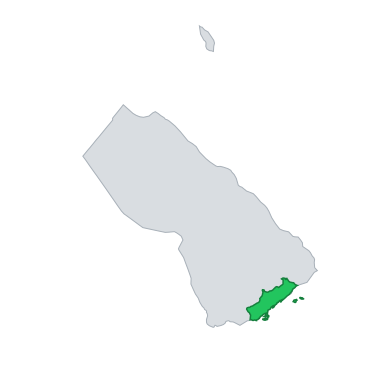 Yemen, with Al Hudaydah highlighted, rotated 245°
{"feature_id": "YEM-151", "entity_name": "Al Hudaydah", "entity_type": "Governorate", "adm_level": 1, "iso_a3": "YEM", "parent_name": "Yemen", "parent_adm1": "", "projection": "orthographic", "projection_center": [43.034, 14.789], "detail": "fine", "context": "in_parent", "style": "filled", "palette": "green", "viewbox_px": 384, "rotation_deg": 245, "n_neighbors": 0, "source": "natural_earth", "source_scale": "10m", "svg_char_len": 6489}
<svg xmlns="http://www.w3.org/2000/svg" viewBox="0 0 384 384"><g transform="rotate(245 192 192)"><path d="M300.1,166.6L288.2,171.7L285.1,173.8L282.3,176.4L280.2,179.6L279.0,185.1L280.3,190.0L280.3,192.7L277.3,194.6L274.4,196.0L271.2,198.1L269.2,198.6L267.7,200.2L265.8,201.4L259.1,204.5L251.7,206.9L240.0,209.9L235.5,212.9L231.3,215.0L225.0,215.7L216.4,218.7L211.6,221.0L205.6,224.6L204.3,225.8L203.3,228.4L201.5,230.7L198.0,234.4L195.3,236.3L193.4,236.5L189.9,237.6L185.7,237.9L178.6,236.8L176.8,237.7L175.3,239.2L169.9,241.8L164.5,246.9L160.4,248.3L153.9,250.0L149.3,252.2L146.2,253.1L142.3,253.5L134.9,253.4L127.9,254.3L121.4,255.8L118.4,258.5L115.0,262.8L109.3,264.6L108.0,266.1L106.3,269.2L102.6,270.1L99.3,270.6L95.8,269.3L89.4,273.1L87.0,273.7L83.3,273.9L80.7,274.7L78.8,274.5L76.5,273.0L71.5,271.2L67.8,272.4L67.5,268.8L61.5,258.0L62.7,248.5L62.7,247.2L61.5,242.9L58.0,239.1L58.1,234.2L56.9,230.7L55.9,227.1L56.2,226.1L56.3,225.3L54.5,219.7L53.9,218.6L53.6,217.4L54.2,216.5L54.2,215.5L53.2,213.8L52.2,210.6L47.4,208.0L48.4,205.7L49.3,206.5L50.6,207.2L50.8,205.7L50.9,204.5L48.8,197.3L51.9,187.7L50.9,179.1L55.4,175.6L56.6,174.6L57.3,173.6L58.3,171.7L59.8,171.0L60.3,169.0L60.3,167.9L59.3,167.0L58.6,164.6L58.8,161.6L59.1,160.3L59.6,157.9L61.1,157.1L61.5,156.4L60.3,154.9L60.4,154.0L63.1,151.5L64.2,150.8L65.9,150.0L67.3,150.0L68.8,150.5L70.3,151.2L71.6,152.4L73.1,153.8L75.3,154.4L76.8,154.2L78.0,154.9L79.1,154.5L80.2,153.8L82.1,153.8L83.8,153.0L88.6,152.5L93.3,152.8L98.1,152.0L103.0,152.0L107.8,152.1L108.9,152.1L110.0,152.6L114.1,154.7L117.3,155.1L123.6,155.7L130.3,156.2L136.1,156.7L141.0,156.1L145.1,155.6L146.2,155.7L147.4,157.0L149.9,160.3L152.3,163.5L156.4,163.6L159.0,162.3L161.8,160.6L163.5,159.3L165.4,154.0L166.7,150.7L169.6,146.8L172.0,143.6L175.2,139.4L177.0,137.0L180.5,132.4L183.9,130.5L190.5,126.9L196.9,123.4L201.0,121.1L204.6,120.0L210.6,118.9L217.7,117.7L224.7,116.5L232.3,115.2L240.6,113.7L246.3,112.7L253.6,111.3L259.7,110.2L265.1,109.3L270.6,108.2L271.8,110.7L273.0,113.2L274.2,115.7L275.3,118.2L276.5,120.7L277.7,123.2L278.9,125.6L280.1,128.1L281.2,130.6L282.4,133.1L283.6,135.6L284.8,138.1L286.0,140.6L287.2,143.1L288.3,145.5L289.5,148.0L290.7,150.5L292.4,151.2L293.6,153.5L295.2,156.8L296.8,160.1L298.4,163.3L300.1,166.6ZM321.1,267.7L322.6,267.9L324.8,266.9L331.4,266.5L339.4,268.9L337.9,269.7L337.1,270.8L333.6,271.9L330.3,274.2L320.3,275.8L317.4,275.3L314.9,273.3L310.3,270.8L312.0,269.0L312.3,268.2L313.0,267.4L315.4,265.9L318.0,266.0L321.1,267.7ZM50.5,240.1L50.2,240.6L49.7,240.5L48.2,239.2L49.9,237.6L50.8,239.0L50.5,240.1ZM45.7,206.2L45.0,206.8L44.7,205.8L45.2,203.6L46.0,203.0L46.6,204.6L46.2,205.5L45.7,206.2ZM49.7,246.9L48.1,247.6L49.2,245.6L50.4,245.2L50.7,245.3L49.7,246.9Z" fill="#d9dde1" stroke="#a8b0b8" stroke-width="1"/><path d="M62.8,247.9L62.8,247.3L62.7,246.4L61.9,244.9L61.8,244.6L61.5,242.5L61.4,242.3L59.8,240.5L59.2,239.2L58.7,238.0L58.1,237.2L57.8,235.3L57.6,234.4L57.4,233.6L56.9,232.4L56.2,230.0L56.0,229.5L55.9,228.7L55.6,228.0L55.5,227.2L55.5,226.9L55.3,226.8L54.9,226.5L54.8,226.3L54.8,226.0L54.9,225.9L55.1,225.9L55.4,226.1L55.6,226.6L55.9,227.8L56.3,228.1L56.3,227.4L56.3,227.1L56.1,226.7L56.5,225.7L56.2,224.8L55.7,224.1L55.5,223.3L55.5,223.1L55.7,222.8L55.8,222.7L55.7,222.4L55.5,222.1L55.4,222.0L55.2,221.9L55.1,221.7L54.9,221.5L54.8,221.4L54.6,220.5L54.6,220.2L54.3,219.3L53.2,217.8L52.9,216.9L52.9,216.4L52.9,216.1L53.1,216.1L53.2,216.3L53.2,216.5L53.1,217.0L53.3,217.5L53.6,218.0L54.0,218.4L54.4,218.7L54.5,218.4L54.6,217.5L54.6,217.0L54.3,216.1L54.2,215.3L54.1,214.9L53.9,214.7L53.3,214.1L53.0,213.7L52.8,213.3L52.8,212.7L52.9,211.3L52.8,210.9L52.4,210.5L51.6,210.1L50.8,209.4L50.3,209.1L49.8,208.8L49.2,208.6L48.7,208.5L48.2,208.5L47.8,208.7L47.7,209.2L47.4,209.3L46.9,209.1L46.4,208.7L46.4,208.1L46.2,207.8L46.5,207.7L47.3,207.9L47.7,207.9L48.0,207.7L48.1,207.4L48.2,207.1L48.2,206.8L47.9,206.4L47.9,206.1L48.5,204.9L48.7,204.6L48.8,205.0L48.8,205.4L48.6,205.8L48.4,206.0L48.9,206.2L49.2,206.5L50.2,207.3L50.4,207.5L50.4,207.8L50.3,208.3L50.4,208.5L50.7,208.6L50.8,208.4L50.7,208.3L50.7,208.2L50.9,207.7L51.1,207.1L51.0,205.2L50.8,204.3L50.4,203.6L50.3,203.2L50.4,202.7L50.4,202.4L50.4,202.1L50.3,201.8L50.2,201.5L49.9,200.8L48.9,199.5L48.9,199.3L49.2,198.9L49.0,198.6L48.8,198.3L48.6,198.0L48.6,197.6L48.8,196.7L48.8,196.3L48.2,196.1L48.4,195.7L48.7,195.5L48.9,195.3L49.2,195.1L49.5,194.8L49.6,194.6L49.6,194.3L49.6,193.9L49.7,193.2L50.0,192.7L50.5,192.4L50.9,192.1L51.4,191.7L51.6,191.3L51.7,190.7L55.7,193.1L57.4,192.9L58.4,193.0L58.9,192.7L59.3,192.4L60.2,192.2L62.7,192.0L63.4,192.5L63.7,193.2L63.6,194.0L63.5,194.6L63.3,195.1L63.1,195.4L63.1,195.9L63.4,196.7L63.2,198.2L63.1,198.4L63.1,198.8L63.5,201.0L63.5,202.1L63.6,202.4L63.7,202.9L63.8,203.4L63.8,204.1L63.7,204.9L63.8,205.5L63.9,206.2L64.6,207.2L65.1,207.6L65.7,208.1L66.8,208.4L67.0,208.9L67.3,209.6L67.8,210.4L68.0,211.2L68.4,211.7L69.2,212.5L69.8,212.8L70.6,213.6L71.4,214.0L72.0,214.1L72.5,214.1L73.0,214.1L73.6,214.6L73.5,214.9L73.4,215.0L73.0,215.6L72.7,215.9L72.3,215.9L71.5,215.6L71.3,215.6L71.1,216.0L70.4,216.7L69.9,217.1L69.4,217.8L69.1,218.9L69.4,220.8L69.3,221.2L69.0,221.6L68.9,222.0L68.9,222.5L69.0,222.8L68.9,223.3L69.0,223.7L70.0,226.3L70.0,226.7L70.4,227.3L70.4,227.6L70.5,228.3L70.4,228.8L69.5,229.8L69.0,229.9L68.8,230.2L69.7,233.7L69.7,234.5L70.0,235.4L70.4,235.8L71.0,236.1L71.8,236.4L73.2,237.2L73.6,237.4L74.0,237.4L74.3,237.1L74.7,236.8L75.0,236.6L75.4,236.4L75.5,237.1L75.6,237.6L75.5,238.3L74.5,239.8L74.1,240.1L73.9,239.9L73.5,239.7L73.1,239.9L73.0,240.3L73.3,240.7L73.5,241.0L73.6,241.4L73.3,241.4L72.6,241.6L70.6,241.9L70.0,242.1L69.1,242.5L67.2,245.0L67.0,245.5L66.7,245.8L66.2,245.9L65.3,246.1L64.6,246.4L62.9,247.8L62.8,247.9ZM49.9,237.7L50.0,237.5L50.7,238.4L50.9,238.8L50.9,239.0L50.5,240.0L50.5,240.8L50.5,241.2L50.4,241.4L49.7,241.4L50.0,240.7L49.5,240.5L48.9,240.1L48.7,239.9L48.4,239.7L48.2,239.0L48.4,238.6L48.9,238.2L49.5,237.8L49.9,237.7ZM46.9,202.6L46.2,203.0L46.3,203.2L46.3,203.4L46.2,203.5L45.9,203.7L45.6,203.9L45.5,204.0L45.8,204.0L46.1,204.0L46.4,203.8L46.7,203.8L46.7,204.1L46.4,205.1L46.3,205.4L46.3,205.7L46.3,205.8L46.2,206.0L46.3,206.0L45.8,206.9L45.5,207.1L45.2,207.1L44.9,206.9L44.6,206.5L44.6,205.9L44.9,205.3L45.0,204.0L45.3,203.5L45.6,203.2L45.8,203.0L45.9,202.8L46.0,202.6L46.6,202.3L46.9,202.6ZM48.8,245.9L49.9,245.1L50.4,245.0L50.7,245.2L50.6,245.7L49.9,246.5L49.7,247.0L49.4,247.3L48.1,247.9L48.0,247.6L48.2,247.0L48.8,245.9Z" fill="#22c55e" stroke="#15803d" stroke-width="1.5"/></g></svg>